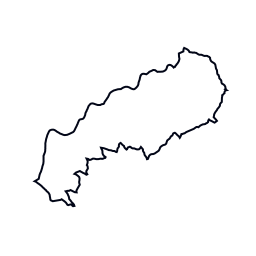 Nova Marilândia, Mato Grosso, Brazil, rotated 329°
{"feature_id": "56859067B8874694960796", "entity_name": "Nova Marilândia", "entity_type": "district", "adm_level": 2, "iso_a3": "BRA", "parent_name": "Brazil", "parent_adm1": "Mato Grosso", "projection": "natural_earth1", "projection_center": [-57.302, -14.299], "detail": "fine", "context": "isolated", "style": "outline", "palette": "ink", "viewbox_px": 256, "rotation_deg": 329, "n_neighbors": 0, "source": "geoboundaries", "source_scale": "gbopen_adm2", "svg_char_len": 5833}
<svg xmlns="http://www.w3.org/2000/svg" viewBox="0 0 256 256"><g transform="rotate(329 128 128)"><path d="M232.0,146.4L231.2,144.8L232.0,144.7L232.2,143.8L232.7,142.6L232.7,141.0L232.3,139.9L231.9,139.1L231.4,138.3L231.6,136.9L232.2,135.9L232.4,134.8L231.9,132.4L232.4,131.3L232.9,129.2L232.4,128.3L232.6,127.2L233.0,126.4L234.0,124.2L234.0,123.1L234.1,122.2L234.5,121.2L235.4,118.8L235.4,117.4L234.9,116.2L234.2,114.9L233.7,113.7L233.7,112.4L234.0,111.0L234.5,110.1L234.2,108.8L233.6,108.2L233.2,107.2L232.5,106.6L231.8,106.2L230.9,105.8L230.0,104.9L229.2,103.7L228.6,103.0L227.7,102.4L226.8,101.9L226.2,101.0L225.7,100.0L225.2,98.8L224.2,98.0L223.6,97.3L222.4,96.9L221.9,96.3L221.0,95.6L219.8,94.6L219.9,93.0L219.5,91.7L218.9,90.5L218.2,89.5L217.4,88.3L216.4,88.9L215.4,90.1L214.9,90.9L210.0,90.3L208.7,92.7L208.2,93.8L207.9,94.8L207.5,95.5L205.7,97.1L204.7,97.6L203.4,98.3L202.6,98.4L201.6,99.0L200.9,99.0L199.9,99.8L199.0,99.5L198.3,99.7L198.0,98.2L197.4,96.7L196.8,95.8L196.0,95.2L194.8,94.9L193.4,95.3L192.8,95.9L191.8,96.8L190.7,97.5L189.3,97.8L187.5,97.7L186.3,97.3L185.6,96.9L184.6,96.4L183.4,95.6L182.1,95.0L181.6,93.8L181.1,92.5L179.9,91.5L179.2,91.2L178.3,91.2L176.6,91.0L175.2,90.8L174.3,91.1L173.0,91.3L171.4,91.4L169.9,90.0L168.7,89.2L167.6,89.0L166.9,89.1L165.7,89.6L165.1,90.3L164.5,90.7L163.8,91.5L162.9,92.5L162.3,93.0L161.4,93.7L160.3,94.7L159.7,95.5L159.2,96.1L158.2,96.8L157.3,97.2L155.7,97.7L153.6,98.0L152.5,97.5L151.5,96.4L150.8,95.4L150.3,94.4L149.8,93.6L148.7,92.4L147.1,91.4L145.4,91.0L144.5,90.9L142.8,90.9L142.0,91.0L140.7,90.3L139.3,89.6L135.0,88.5L132.5,88.5L131.4,88.6L130.0,89.0L129.1,89.7L126.5,91.4L125.8,91.6L124.9,92.1L123.5,92.7L122.6,93.1L121.5,93.5L120.4,94.4L119.5,94.8L117.7,94.1L116.9,94.0L116.1,94.0L114.6,93.1L113.8,92.6L112.4,91.0L111.6,90.0L110.9,89.2L110.2,88.6L109.3,88.2L108.5,88.0L107.8,88.1L105.5,88.9L102.8,91.0L101.7,91.6L101.0,92.3L100.1,92.7L99.4,93.2L98.8,93.8L98.0,94.8L95.9,96.3L95.0,96.7L94.0,96.9L92.5,96.4L91.5,96.0L90.5,96.0L89.4,96.6L87.5,98.0L86.7,98.7L86.1,99.0L84.9,99.9L83.1,101.0L81.0,102.4L80.1,102.9L79.0,103.2L78.3,103.2L77.5,103.1L75.0,102.9L73.6,102.7L72.3,102.5L70.1,101.5L69.1,100.6L68.0,99.1L66.8,97.6L66.4,96.6L65.1,94.4L64.8,93.5L64.0,91.9L63.2,91.0L62.2,90.4L61.2,90.0L59.6,89.8L58.3,90.4L55.1,92.6L54.2,93.5L53.2,94.4L52.6,94.9L51.9,95.6L51.0,96.6L50.5,97.2L49.3,98.5L47.9,100.9L47.2,101.9L46.6,103.0L45.9,103.9L45.5,104.6L45.0,105.3L43.7,106.5L43.0,106.9L42.4,107.6L41.6,108.0L41.1,108.6L40.6,109.5L39.8,110.8L38.3,113.3L37.5,114.3L37.0,115.0L36.3,115.6L35.7,116.1L35.0,116.7L34.4,117.3L33.9,117.9L30.9,120.6L29.6,121.4L28.2,122.5L25.3,125.6L20.6,125.6L21.3,126.5L21.7,127.4L22.2,128.8L22.8,130.0L23.6,132.0L24.1,133.5L24.4,135.0L24.9,136.5L25.2,137.9L25.7,139.1L25.7,140.3L26.2,141.4L26.5,142.8L26.5,143.9L26.4,145.0L25.8,146.3L25.2,148.0L24.7,149.0L24.5,150.1L25.8,152.0L33.2,154.9L34.4,154.9L35.9,158.4L36.4,160.1L36.5,162.6L37.0,163.3L39.4,163.9L40.2,164.7L40.3,165.9L40.6,166.7L41.9,167.2L42.2,165.8L42.0,164.2L41.6,163.2L41.4,160.5L41.0,158.7L41.3,158.0L41.9,156.3L42.1,154.3L42.3,153.3L42.0,150.2L42.8,150.5L43.5,150.6L45.2,151.5L46.8,151.6L47.9,153.4L49.3,155.6L50.8,156.7L51.1,155.8L51.7,155.0L53.5,153.9L56.2,152.4L57.4,151.8L57.7,150.8L57.9,149.9L58.6,148.7L59.4,147.9L60.5,146.3L60.9,144.9L60.5,143.4L59.8,141.7L59.3,140.7L58.5,139.8L60.4,139.4L64.6,140.1L65.1,141.1L66.1,142.8L66.5,143.6L67.1,144.3L67.6,145.2L67.9,146.0L68.4,146.7L69.3,146.7L69.3,145.5L69.4,144.5L70.2,143.4L72.7,142.1L73.1,141.3L73.5,140.4L73.7,139.5L73.6,138.6L75.1,137.4L76.0,136.2L76.4,135.5L76.6,134.0L76.7,132.9L77.9,134.0L78.5,135.5L79.6,136.0L80.6,136.1L81.4,136.1L82.2,136.2L83.1,136.8L83.7,137.3L84.7,138.3L85.8,139.0L87.0,139.6L88.3,140.0L89.1,140.4L89.7,141.0L90.5,141.4L92.3,141.6L93.1,141.9L93.8,141.4L93.1,139.8L92.9,138.9L92.9,137.6L93.2,136.4L94.3,134.4L94.5,133.1L94.5,132.2L94.7,131.0L96.9,132.9L99.4,135.9L100.1,137.0L100.8,137.5L101.7,138.2L102.3,138.7L102.7,139.4L103.3,140.0L104.0,140.4L104.7,140.9L105.1,142.0L105.9,142.8L106.9,142.1L107.8,140.9L108.6,140.1L109.7,139.8L110.7,139.2L111.2,138.2L112.0,137.3L113.0,137.0L114.0,137.0L114.6,139.7L114.9,140.5L115.3,141.3L115.0,142.3L115.0,143.5L115.6,145.7L116.3,145.7L117.0,145.1L118.2,144.6L119.0,144.9L120.0,145.0L120.5,145.7L120.7,146.7L121.2,147.5L121.7,148.1L122.5,148.4L123.1,149.0L123.7,149.9L124.6,150.9L125.4,151.4L126.4,151.9L127.4,151.8L128.1,151.5L129.3,150.9L129.8,154.0L129.3,154.8L129.0,155.6L129.0,156.5L129.1,157.7L128.7,158.6L128.4,159.6L128.4,160.4L128.6,161.8L128.6,163.1L128.2,164.5L129.0,164.8L129.9,164.2L130.9,163.4L131.7,162.8L132.6,162.5L133.7,162.3L135.1,162.7L136.1,163.3L136.8,163.4L137.6,163.6L139.2,163.5L141.1,163.4L142.5,163.3L143.5,162.8L144.3,162.3L145.2,161.5L146.2,161.0L147.4,160.8L149.2,160.8L150.0,161.0L151.0,161.3L151.8,161.3L152.8,161.0L153.6,160.2L154.6,159.4L155.2,158.9L156.0,158.8L157.0,158.6L157.9,158.6L158.6,158.3L159.5,157.9L160.1,157.4L161.1,157.2L162.0,157.3L162.7,156.9L163.4,156.3L164.2,155.9L165.7,156.2L166.2,157.4L166.5,158.8L166.7,159.7L167.3,161.3L167.3,163.1L168.1,162.7L169.5,161.7L170.7,160.7L171.7,161.3L172.5,161.2L173.7,161.7L175.9,161.5L184.0,162.6L185.1,162.5L186.3,162.4L187.2,162.4L188.0,162.8L188.7,163.6L189.5,163.5L190.2,163.3L191.1,163.2L192.0,163.2L193.9,163.4L194.6,163.7L195.5,164.1L196.5,164.4L197.3,164.2L198.2,164.4L199.6,164.2L200.4,163.2L201.0,162.7L201.8,162.4L202.0,163.3L203.3,165.2L204.4,167.1L205.0,168.0L206.5,167.9L207.9,167.7L207.7,166.0L207.0,162.8L208.0,161.9L208.5,161.1L209.4,160.3L211.0,159.4L212.7,158.7L213.7,158.3L214.5,157.7L216.5,157.1L217.5,156.6L218.2,156.3L218.8,155.4L219.7,154.6L220.7,154.3L221.8,154.0L222.5,152.9L224.2,150.3L225.0,149.5L225.6,148.4L226.6,148.4L227.9,147.9L228.6,147.9L229.2,146.9L230.0,146.4L230.8,146.0L232.0,146.4Z" fill="none" stroke="#020617" stroke-width="2"/></g></svg>